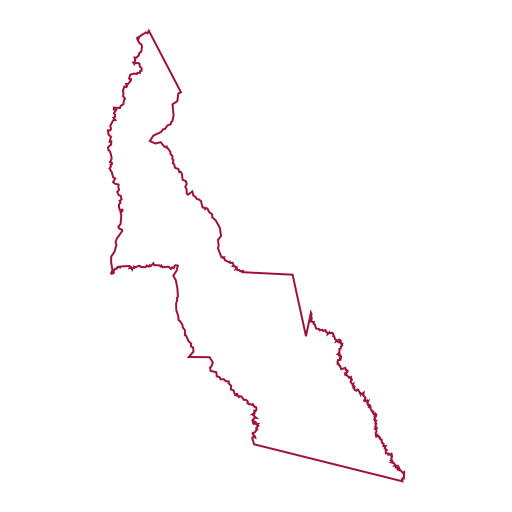 La Montañita, Caquetá, Colombia
{"feature_id": "7082276B18236401251587", "entity_name": "La Montañita", "entity_type": "district", "adm_level": 2, "iso_a3": "COL", "parent_name": "Colombia", "parent_adm1": "Caquetá", "projection": "robinson", "projection_center": [-75.265, 1.373], "detail": "fine", "context": "isolated", "style": "outline", "palette": "rose", "viewbox_px": 512, "rotation_deg": 0, "n_neighbors": 0, "source": "geoboundaries", "source_scale": "gbopen_adm2", "svg_char_len": 6081}
<svg xmlns="http://www.w3.org/2000/svg" viewBox="0 0 512 512"><path d="M111.1,273.2L111.7,273.8L113.8,272.8L113.6,271.2L114.9,269.0L116.9,268.6L117.0,267.4L119.0,266.6L120.0,267.6L120.8,266.5L129.4,266.0L130.3,266.7L129.7,267.9L131.1,267.4L132.1,269.5L132.6,268.2L134.3,267.9L134.1,266.7L135.7,267.1L139.3,265.7L141.0,267.0L145.6,267.2L146.8,265.5L148.8,266.7L149.8,265.2L150.8,266.0L153.3,263.3L154.1,265.1L159.4,265.4L160.4,266.4L161.4,265.5L162.3,267.2L168.5,266.7L170.9,269.0L172.0,267.4L173.9,268.1L174.5,266.0L175.6,265.2L177.8,265.6L176.6,270.7L173.3,275.7L175.8,280.3L177.4,288.2L177.9,296.7L176.8,298.1L177.2,299.9L176.1,303.7L176.3,310.2L178.2,315.8L178.5,320.0L180.1,321.2L182.5,325.0L182.7,327.3L184.9,330.1L185.0,335.2L186.1,335.7L188.6,341.2L191.2,343.7L190.9,346.3L193.2,347.6L193.4,351.7L188.8,357.0L209.6,357.2L212.8,362.4L211.3,366.6L210.0,367.6L210.6,370.9L216.3,372.2L216.8,376.3L219.6,377.2L220.7,379.4L223.8,379.2L225.7,381.1L228.8,381.5L228.5,383.2L231.2,385.8L230.8,389.4L233.5,390.3L235.0,394.8L236.7,394.1L236.7,395.2L237.4,394.6L238.9,397.1L240.0,396.2L241.5,396.6L243.9,399.9L245.6,399.7L247.2,400.8L247.9,402.2L247.4,403.1L249.1,404.4L250.0,403.9L252.4,405.1L252.9,404.3L254.4,406.8L255.8,406.9L256.5,408.2L256.2,410.0L255.4,411.3L254.4,410.7L254.0,413.2L252.6,414.2L254.2,414.2L253.4,415.4L256.3,417.9L254.7,417.7L252.4,420.2L252.9,422.3L253.7,421.6L253.8,422.6L254.5,422.4L254.3,421.5L255.7,422.3L254.4,423.8L258.1,423.9L257.0,425.0L258.3,426.0L256.3,427.8L256.3,429.1L257.2,429.3L254.9,432.2L251.7,433.6L253.4,433.5L253.4,435.4L255.0,436.4L255.2,437.4L254.1,436.7L252.2,438.0L254.1,444.3L402.4,481.3L401.9,479.3L403.6,478.5L403.0,476.9L403.9,477.7L404.1,472.1L402.9,472.9L400.8,470.5L398.9,470.1L399.6,469.2L399.1,468.0L398.9,469.5L397.6,469.0L398.1,468.3L397.0,467.7L397.1,466.8L396.1,467.2L396.5,465.7L394.4,465.8L395.1,464.9L394.1,463.3L391.6,462.5L392.6,462.1L391.0,460.8L392.0,460.3L391.2,459.5L392.1,456.1L391.7,454.6L391.2,455.7L390.8,454.2L388.5,454.7L388.6,453.6L385.9,453.4L385.7,450.5L386.7,450.0L384.6,448.2L385.7,446.0L383.4,446.1L383.7,444.0L381.9,442.5L381.6,439.6L380.3,439.4L379.7,437.6L378.5,437.7L379.6,437.1L378.8,436.2L376.6,436.5L377.1,435.1L376.0,435.6L375.7,432.8L376.5,431.8L376.2,429.4L375.4,429.0L376.8,428.4L377.0,427.4L376.2,428.4L375.1,426.9L375.9,426.1L375.4,423.9L376.3,423.6L375.1,421.2L376.1,420.6L374.3,419.5L375.0,418.3L374.5,417.1L375.9,416.6L376.3,414.6L375.6,413.7L374.8,415.1L373.9,414.5L372.8,412.5L373.5,412.6L373.4,411.6L371.8,411.0L372.3,410.0L371.7,410.5L370.3,408.2L370.6,406.9L369.1,406.9L369.9,405.2L368.5,404.4L368.3,405.4L367.3,403.3L368.1,401.3L367.4,401.8L367.0,400.3L366.0,400.6L366.1,401.6L365.2,400.1L365.0,401.1L364.1,400.6L365.5,397.8L363.3,395.4L363.6,393.4L362.9,394.2L362.8,393.4L362.1,394.0L360.6,393.1L360.4,394.2L358.2,389.6L357.3,389.5L356.5,390.7L354.6,389.9L354.3,388.1L353.3,387.7L354.5,386.4L352.8,385.7L353.3,383.7L352.4,384.2L350.5,381.9L351.2,380.6L350.7,378.0L351.4,378.5L350.9,376.9L349.0,377.7L346.4,374.6L345.4,375.0L345.0,373.4L347.5,372.0L347.6,370.5L346.0,370.3L345.3,367.9L341.3,369.2L339.7,365.6L337.6,364.0L337.6,363.1L338.4,363.5L337.5,361.6L338.1,360.1L339.8,359.9L340.0,358.3L340.6,359.0L341.1,356.6L339.9,354.6L339.0,355.2L338.9,354.0L337.9,354.0L339.4,352.4L339.4,349.0L340.7,348.6L341.0,346.7L342.3,345.3L341.5,344.2L342.0,343.6L340.8,343.3L340.8,340.9L339.9,340.1L339.2,341.6L338.6,340.4L338.0,341.7L337.3,340.9L336.2,341.4L336.8,340.3L335.0,339.2L334.2,336.3L333.2,336.1L333.3,333.7L332.5,332.8L330.0,333.2L329.5,332.2L327.6,334.2L327.6,332.8L326.2,332.0L325.4,330.1L323.2,331.0L322.3,329.7L319.7,330.3L319.2,329.2L316.1,328.5L314.7,324.3L313.5,323.7L313.9,322.0L311.1,321.5L311.7,318.6L310.7,318.2L311.5,316.9L310.8,315.9L311.6,314.3L310.9,312.6L306.0,336.2L292.6,274.7L242.6,272.2L243.0,270.9L240.3,271.3L239.5,270.1L237.4,270.2L236.7,268.5L235.8,269.0L236.6,267.0L232.8,266.1L233.7,265.1L232.6,262.8L230.2,262.9L229.8,261.9L229.2,262.3L225.0,260.2L224.5,258.7L223.0,257.9L223.7,257.3L221.4,257.1L217.9,248.1L218.7,246.0L218.0,239.8L221.0,236.1L219.9,227.9L215.6,220.2L212.3,217.5L212.1,214.4L209.2,212.1L207.7,209.0L206.4,208.1L205.1,209.1L204.5,207.6L202.5,207.4L201.1,201.3L199.1,199.5L196.9,199.1L195.5,196.9L193.4,195.6L192.4,191.4L188.0,194.7L186.7,193.5L186.6,189.5L185.3,186.8L186.7,183.9L185.8,181.1L182.6,179.8L181.9,173.6L180.5,171.7L179.2,172.1L178.4,169.1L174.9,167.7L174.2,164.3L172.8,163.2L173.4,160.3L172.4,159.1L172.4,155.9L170.5,154.1L170.3,151.8L167.7,148.1L166.6,147.8L166.7,146.5L164.4,146.8L160.7,142.2L155.3,143.5L149.8,141.0L153.5,135.5L160.9,132.1L163.2,129.3L164.9,129.0L167.5,125.4L170.7,124.2L171.2,122.0L172.4,121.2L173.6,115.2L172.5,104.3L177.3,101.2L178.4,93.4L181.0,92.3L148.8,30.7L147.5,33.3L145.9,32.4L137.1,38.0L137.3,38.9L138.7,38.4L138.0,40.4L139.4,43.1L141.4,44.4L142.0,46.9L141.2,51.7L138.9,53.5L138.8,55.4L136.2,57.8L134.6,57.5L135.2,60.5L134.5,62.4L133.3,62.5L134.3,64.1L134.9,63.2L137.7,63.0L139.5,63.7L139.7,66.2L141.7,68.5L141.6,70.7L140.1,71.0L140.0,72.8L137.3,72.9L136.9,74.0L134.0,73.6L130.2,74.7L129.1,78.6L129.9,79.4L130.9,79.1L131.1,80.2L128.1,83.9L126.1,84.0L127.1,86.2L126.3,87.2L124.4,86.5L122.8,91.0L123.5,92.2L123.1,96.2L125.0,98.7L123.8,100.6L123.4,104.2L120.8,105.8L119.9,108.0L113.8,107.6L113.8,109.5L116.1,109.9L113.9,113.4L115.1,114.8L115.1,116.8L113.4,117.7L115.3,120.0L113.3,120.3L111.0,124.3L110.3,126.3L111.0,128.8L110.4,130.3L107.9,130.3L108.6,134.7L110.9,136.7L109.7,141.7L111.3,141.4L111.1,144.6L108.0,147.3L108.5,150.2L109.8,151.2L110.8,154.0L111.7,158.6L110.0,162.1L111.8,162.6L112.0,163.9L110.6,164.7L110.8,166.8L109.5,168.5L111.8,172.2L113.1,177.2L115.2,178.4L113.1,182.2L115.0,183.7L118.6,184.6L118.3,187.5L119.1,189.8L117.2,192.0L118.7,195.1L120.8,195.9L121.5,199.5L119.6,200.8L120.5,202.5L119.0,204.6L119.0,207.5L120.3,210.9L122.1,209.6L122.7,210.3L120.6,213.1L121.3,215.3L120.6,224.0L118.3,226.7L119.2,228.6L122.0,229.7L122.3,230.9L116.7,238.8L115.6,242.0L116.4,245.1L114.6,251.5L111.2,256.6L111.1,262.5L112.5,270.0L111.1,273.2Z" fill="none" stroke="#9f1239" stroke-width="2"/></svg>